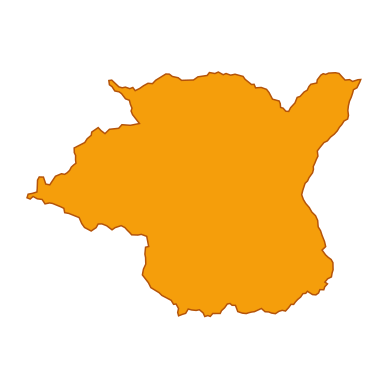 outline of Dilermando de Aguiar, Rio Grande do Sul, Brazil, rotated 182°
{"feature_id": "56859067B57866316427698", "entity_name": "Dilermando de Aguiar", "entity_type": "district", "adm_level": 2, "iso_a3": "BRA", "parent_name": "Brazil", "parent_adm1": "Rio Grande do Sul", "projection": "mercator", "projection_center": [-54.164, -29.81], "detail": "fine", "context": "isolated", "style": "filled", "palette": "amber", "viewbox_px": 384, "rotation_deg": 182, "n_neighbors": 0, "source": "geoboundaries", "source_scale": "gbopen_adm2", "svg_char_len": 3105}
<svg xmlns="http://www.w3.org/2000/svg" viewBox="0 0 384 384"><g transform="rotate(182 192 192)"><path d="M27.3,310.3L30.1,310.0L35.4,308.1L38.4,309.8L42.9,309.2L45.9,312.2L49.2,315.6L52.8,316.2L59.6,315.6L62.5,314.2L65.0,314.8L67.3,313.3L70.7,308.5L71.1,305.3L77.0,303.8L78.8,301.5L80.4,297.8L83.5,295.8L87.3,291.3L90.2,290.2L92.2,284.6L96.4,279.7L98.2,275.9L101.1,276.0L103.9,279.0L106.4,279.6L106.9,283.4L108.1,286.0L114.8,287.6L118.5,294.1L121.1,297.2L126.5,298.9L132.1,298.3L133.7,301.8L136.3,301.5L142.9,306.5L145.0,309.3L153.1,311.2L157.5,310.1L162.1,311.6L164.9,310.3L169.9,312.8L173.2,311.2L178.8,312.0L180.9,309.0L190.1,307.3L194.4,304.0L206.3,303.2L209.8,305.7L215.7,306.8L218.8,309.0L222.3,309.0L232.2,302.4L235.3,298.9L239.8,299.1L244.0,296.6L248.0,293.6L252.3,291.3L254.8,294.4L257.8,293.1L262.2,294.5L265.4,293.7L268.7,294.5L276.1,301.0L279.0,300.5L278.3,296.3L275.6,294.5L272.7,290.3L268.2,289.5L265.8,287.8L261.7,282.8L257.8,281.5L256.6,277.4L254.9,273.7L255.7,270.8L254.1,267.2L246.9,258.6L255.9,256.5L264.4,256.8L267.5,253.1L276.7,251.8L281.0,247.3L285.1,250.2L288.0,253.1L294.3,248.4L294.7,245.1L298.6,241.6L300.9,237.7L311.3,231.9L311.0,227.2L309.6,224.5L309.5,220.0L309.0,216.7L311.3,214.8L313.5,212.6L315.0,209.4L317.5,206.8L319.9,205.2L323.1,205.7L329.0,203.0L334.4,194.2L338.4,194.8L341.0,201.7L345.2,201.7L346.8,198.5L346.8,189.7L347.0,186.6L351.7,185.0L355.7,184.1L356.7,180.5L353.5,179.3L350.7,182.0L346.4,179.8L341.5,179.3L338.5,175.0L334.0,176.1L331.0,175.7L322.6,172.6L319.5,171.2L318.5,166.9L314.4,166.3L303.9,162.5L301.1,156.6L298.2,152.8L291.4,149.5L286.6,153.0L284.7,156.7L280.9,157.0L276.1,155.3L270.6,151.4L267.6,153.7L261.6,155.9L257.8,154.1L255.3,151.5L252.9,149.3L250.8,147.1L244.6,147.1L241.2,147.9L235.7,146.1L233.4,136.0L236.5,135.2L236.9,128.3L236.1,124.8L235.7,118.3L237.8,113.3L238.7,107.4L232.4,99.8L229.8,95.0L221.3,90.2L218.5,87.6L209.0,83.0L206.5,79.1L204.0,79.5L201.4,75.1L202.1,71.1L201.1,67.8L197.3,69.4L194.1,70.5L191.7,74.9L188.2,74.1L183.7,73.8L180.5,74.6L176.6,71.5L174.9,68.0L171.8,69.1L169.4,68.3L167.0,71.3L159.6,71.6L158.4,74.4L155.4,77.4L152.8,81.3L150.1,81.9L148.0,80.2L144.6,80.2L142.1,74.1L137.5,72.7L133.6,72.4L131.1,73.3L128.3,74.1L125.4,74.6L118.6,78.0L114.8,74.9L111.1,74.8L108.3,73.8L104.4,73.3L100.9,75.8L97.7,76.9L94.4,76.3L91.4,79.8L89.1,83.2L86.5,83.2L84.9,85.6L82.7,88.2L79.8,90.8L77.6,94.3L74.8,94.7L73.2,96.8L68.0,93.7L64.6,93.5L62.0,95.5L60.8,98.9L56.9,98.9L56.0,101.9L53.4,104.9L56.0,106.6L53.4,110.0L49.7,112.0L49.2,115.8L48.3,119.1L48.7,126.3L50.6,129.4L53.8,131.6L56.3,133.8L60.0,138.5L56.5,142.1L57.8,147.0L60.6,153.4L62.2,157.8L64.7,161.6L65.4,167.9L67.7,172.6L71.6,176.2L74.3,180.6L78.0,184.6L80.4,188.3L82.3,193.1L81.3,197.7L79.3,204.6L76.9,207.1L75.5,210.5L72.2,215.4L71.4,218.9L71.7,221.7L70.3,225.0L68.8,229.1L67.4,232.2L68.2,237.4L65.9,240.7L61.9,246.0L58.5,247.8L55.6,251.6L51.8,254.8L49.0,258.1L46.9,261.9L44.7,264.6L42.5,268.3L39.0,270.4L38.3,274.0L39.1,278.9L38.7,283.7L37.8,288.3L36.2,292.2L34.9,296.6L34.2,299.9L30.8,301.9L28.3,307.5L27.3,310.3Z" fill="#f59e0b" stroke="#b45309" stroke-width="1.5"/></g></svg>